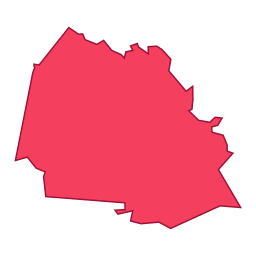 Fayette, West Virginia, United States of America
{"feature_id": "52423323B52467721983842", "entity_name": "Fayette", "entity_type": "district", "adm_level": 2, "iso_a3": "USA", "parent_name": "United States of America", "parent_adm1": "West Virginia", "projection": "albers", "projection_center": [-81.045, 38.041], "detail": "fine", "context": "isolated", "style": "filled", "palette": "rose", "viewbox_px": 256, "rotation_deg": 0, "n_neighbors": 0, "source": "geoboundaries", "source_scale": "gbopen_adm2", "svg_char_len": 816}
<svg xmlns="http://www.w3.org/2000/svg" viewBox="0 0 256 256"><path d="M68.8,27.6L39.1,65.0L34.0,64.2L34.1,66.6L34.9,67.7L33.7,70.0L32.6,73.7L15.4,160.5L27.3,157.1L36.2,168.2L45.3,171.9L43.6,176.7L45.8,196.6L124.9,202.8L125.1,209.6L115.1,210.2L118.0,214.1L132.8,210.7L130.6,221.0L141.1,223.7L158.8,222.1L170.6,228.4L220.1,205.8L240.6,207.5L218.4,169.6L232.9,153.2L227.2,151.2L227.1,144.9L223.1,135.2L212.1,132.3L211.6,127.0L217.7,125.3L222.1,118.1L215.2,117.3L209.8,122.3L198.6,120.3L188.7,110.7L191.9,109.4L192.9,99.9L192.7,86.3L186.1,91.3L168.8,70.8L170.8,59.2L162.0,49.6L156.8,46.2L148.2,46.7L148.3,53.8L138.6,47.1L137.3,43.5L130.5,46.0L132.9,50.4L125.9,51.8L124.3,58.1L121.0,54.5L111.8,50.5L103.6,40.4L96.8,44.4L85.1,39.7L82.7,34.0L78.5,34.2L68.8,27.6Z" fill="#f43f5e" stroke="#9f1239" stroke-width="1.5"/></svg>